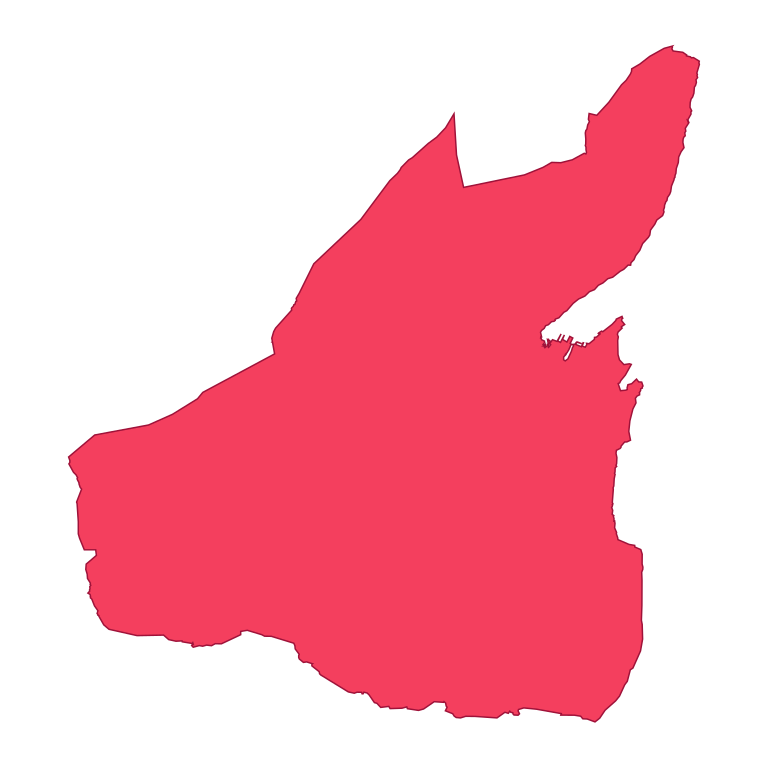 the district of Orkdal nor, Sør-Trøndelag, Norway
{"feature_id": "86288312B5608393876733", "entity_name": "Orkdal nor", "entity_type": "district", "adm_level": 2, "iso_a3": "NOR", "parent_name": "Norway", "parent_adm1": "Sør-Trøndelag", "projection": "mercator", "projection_center": [9.781, 63.297], "detail": "fine", "context": "isolated", "style": "filled", "palette": "rose", "viewbox_px": 768, "rotation_deg": 0, "n_neighbors": 0, "source": "geoboundaries", "source_scale": "gbopen_adm2", "svg_char_len": 6051}
<svg xmlns="http://www.w3.org/2000/svg" viewBox="0 0 768 768"><path d="M454.0,113.8L445.6,127.8L436.8,137.1L428.3,143.4L412.3,157.7L408.7,159.9L401.2,167.5L400.2,169.7L397.5,173.3L389.8,180.7L360.8,219.5L313.8,263.8L299.2,293.3L296.2,298.4L296.7,301.0L295.8,301.5L294.8,304.5L293.9,304.7L293.3,306.3L291.7,307.9L291.4,308.7L291.7,310.1L275.6,328.1L273.7,331.6L271.8,338.2L272.4,341.7L272.1,342.0L272.5,342.1L274.6,353.9L202.8,392.4L197.5,398.8L172.5,414.3L148.5,425.0L94.7,435.0L68.6,457.0L69.9,460.6L69.8,462.5L68.9,463.9L73.5,472.3L76.1,474.9L77.6,477.7L77.1,478.4L77.3,479.5L79.0,482.8L79.0,483.9L80.2,487.4L81.6,489.1L76.6,502.1L77.1,503.7L78.3,521.7L78.3,533.9L79.6,538.3L84.3,549.8L95.7,549.8L96.4,555.4L86.2,564.1L85.8,569.5L87.2,574.2L87.5,578.5L90.4,583.1L90.1,584.3L90.8,585.2L89.8,586.6L90.0,588.8L89.5,590.0L89.7,591.1L87.9,593.1L90.0,594.4L90.4,595.4L90.2,596.3L90.6,596.8L90.4,597.8L91.8,599.1L94.5,605.9L97.9,610.7L97.1,613.6L97.7,614.1L97.8,615.1L98.9,615.6L98.9,616.3L103.8,624.9L109.0,629.3L137.0,635.6L163.6,635.1L168.7,639.6L175.9,641.2L182.0,640.9L182.2,641.8L192.4,643.5L192.8,642.8L193.3,644.5L192.1,644.2L192.2,645.2L191.7,645.6L193.2,647.2L199.3,645.6L202.7,646.2L206.6,645.1L211.5,645.7L215.2,643.7L221.4,643.8L240.7,634.7L240.7,631.4L247.3,630.3L261.8,634.7L264.6,636.2L271.3,636.3L293.8,643.2L294.9,645.7L295.2,648.9L299.2,654.3L298.7,655.5L298.7,657.5L299.3,659.0L303.4,662.4L306.6,661.9L312.3,663.7L311.9,663.9L311.9,665.9L319.2,671.7L319.6,673.8L320.8,675.0L348.3,691.9L354.3,693.2L357.1,692.2L361.6,692.3L362.1,693.8L363.1,693.8L363.9,692.2L367.1,693.0L369.1,694.9L374.4,702.6L376.9,703.3L380.7,707.4L388.8,706.4L390.1,708.6L402.0,708.2L406.8,706.9L407.4,708.7L418.5,710.4L423.6,709.0L434.2,701.7L443.6,702.3L444.0,701.6L445.6,703.0L446.2,706.1L447.1,707.2L445.4,710.8L452.7,713.7L454.2,716.1L456.2,717.5L460.5,717.9L465.7,716.3L475.1,716.4L497.0,717.9L504.9,712.3L508.3,713.3L509.8,711.2L510.8,712.3L512.8,712.7L513.0,713.9L514.0,715.0L518.1,715.2L519.5,713.8L518.1,710.9L518.5,709.5L523.8,707.9L536.6,709.2L561.3,713.6L560.8,715.1L574.4,715.2L580.7,716.2L582.8,718.8L587.2,719.0L595.0,721.9L599.7,718.2L605.1,710.2L615.6,700.9L619.5,696.1L624.7,684.8L627.3,681.3L630.3,669.8L632.9,668.1L640.5,651.0L642.6,639.1L642.2,624.5L641.4,620.3L641.9,605.2L642.0,580.1L641.7,572.2L642.8,569.3L642.9,567.1L642.1,564.0L642.2,554.2L640.8,549.6L634.8,547.0L634.7,545.4L629.0,544.4L617.9,539.6L617.7,537.7L616.3,533.7L616.6,532.5L614.6,527.8L615.0,523.5L614.6,520.9L613.9,521.1L614.0,518.5L613.4,516.5L613.8,515.6L612.2,514.4L612.7,510.3L611.6,507.3L612.1,506.8L612.7,504.5L612.4,504.4L612.9,503.7L612.3,502.5L613.3,489.5L613.1,487.8L613.8,486.0L614.2,478.8L615.1,474.3L614.5,473.2L615.0,472.2L615.2,467.8L616.7,466.4L616.0,465.3L616.6,463.7L616.9,457.6L616.0,453.3L616.4,450.3L620.0,448.5L620.9,447.5L621.1,446.1L624.6,442.0L626.9,441.9L630.5,440.2L628.8,431.4L629.9,420.8L632.9,409.0L636.0,402.9L635.4,398.2L637.1,396.0L639.6,394.8L639.6,393.0L639.3,392.7L640.6,390.6L640.7,388.8L642.3,388.1L642.3,386.9L643.0,386.0L641.7,382.1L638.7,381.9L636.5,379.1L631.7,383.7L627.9,384.7L627.1,387.8L627.3,389.5L625.7,390.2L620.5,390.7L618.5,384.6L618.2,383.5L619.7,382.9L620.8,380.6L625.4,375.0L631.3,364.4L629.5,363.8L623.9,364.6L619.5,359.9L618.0,354.6L617.7,340.5L618.3,336.9L617.4,334.5L617.7,333.1L618.1,332.0L622.1,328.1L621.4,327.4L621.4,326.7L624.7,324.5L621.6,320.7L622.0,318.5L622.7,318.3L622.0,316.4L616.3,319.1L615.8,320.5L612.1,324.4L602.8,331.7L601.6,331.1L599.0,332.7L597.7,333.9L599.1,332.8L600.1,333.9L596.5,337.1L594.5,337.4L594.4,339.4L589.1,343.7L586.5,343.3L586.8,344.6L585.2,347.2L582.1,346.0L583.5,342.8L583.1,342.7L581.4,346.7L575.3,344.3L577.1,342.2L581.7,343.7L577.4,342.0L576.5,342.1L575.0,344.2L572.6,344.4L573.6,345.8L572.5,347.6L571.4,351.3L567.9,358.9L565.2,360.9L563.6,359.8L563.7,356.9L565.9,354.6L566.1,354.2L564.9,354.7L567.1,352.6L568.9,349.6L570.9,344.7L572.0,344.6L570.2,343.4L572.8,338.0L569.8,336.4L566.9,342.0L562.5,339.4L564.4,334.9L560.5,342.4L557.7,341.0L561.1,333.9L557.0,341.4L552.5,339.7L549.7,343.6L550.7,344.7L548.1,348.0L549.1,346.2L547.8,346.0L550.3,341.5L549.7,340.6L548.7,340.7L548.6,339.4L547.7,339.0L548.3,339.7L548.0,340.7L548.1,339.8L547.5,339.5L548.3,343.9L547.8,344.0L547.3,345.7L544.9,347.7L544.4,347.0L545.4,345.4L545.4,344.7L544.6,346.0L543.3,345.9L545.0,344.8L543.2,344.4L544.6,342.6L544.5,341.1L541.6,339.7L541.1,338.2L540.6,338.1L540.8,336.9L541.6,336.9L540.5,332.2L541.6,330.4L544.2,328.4L545.6,325.7L548.4,324.7L551.5,321.7L554.0,321.3L555.2,320.4L555.0,319.5L555.6,319.0L558.9,317.8L563.8,312.3L566.8,310.7L573.1,303.4L578.6,299.0L585.0,296.0L589.4,291.7L594.5,289.6L598.3,285.3L603.0,282.9L607.8,278.7L612.7,277.2L620.1,271.3L623.8,269.3L628.1,265.1L630.6,265.2L631.0,262.7L634.0,259.6L635.7,255.6L639.8,250.3L642.6,243.6L648.4,237.3L649.8,235.0L650.5,230.1L654.8,224.2L656.8,220.0L662.6,215.6L664.0,211.9L663.5,210.1L664.4,207.5L664.6,205.1L665.9,201.6L666.9,200.6L667.5,197.4L669.7,194.2L670.7,191.6L671.5,186.0L674.0,179.8L674.2,178.2L674.9,177.5L675.1,175.3L675.9,173.3L676.3,168.5L678.3,162.6L678.7,157.0L681.1,151.7L684.0,147.7L682.9,142.4L683.1,139.3L683.7,137.3L685.2,135.8L684.8,132.7L685.8,131.2L685.3,128.3L688.6,123.1L687.6,120.6L688.3,121.1L687.9,120.1L688.2,119.1L691.0,114.1L690.9,111.9L691.7,110.9L690.0,107.3L690.2,102.7L691.1,99.0L692.6,97.0L693.9,93.2L694.4,87.1L695.5,85.5L696.4,82.4L696.0,79.7L697.6,77.5L697.0,75.8L697.4,74.4L696.8,73.2L699.4,64.3L698.9,63.0L699.3,61.2L693.5,57.6L691.4,57.8L690.4,56.8L686.8,56.0L686.4,55.8L686.7,55.0L682.8,52.3L673.1,51.0L671.9,48.9L672.4,47.2L671.9,46.7L672.4,46.1L664.2,48.3L649.7,56.4L639.8,64.1L631.7,68.8L631.5,71.5L630.3,74.2L626.1,80.4L621.6,84.7L608.8,102.3L596.8,115.3L589.1,113.5L588.4,119.3L589.4,121.7L587.7,124.9L586.9,129.1L585.8,130.6L585.3,133.0L585.8,139.2L585.7,144.0L585.3,145.6L586.0,147.2L586.0,149.7L586.5,152.5L585.9,153.9L584.2,153.3L572.3,159.8L560.8,162.7L551.7,162.4L543.0,167.4L524.5,174.9L463.6,187.4L456.5,154.9L454.0,113.8Z" fill="#f43f5e" stroke="#9f1239" stroke-width="1.5"/></svg>